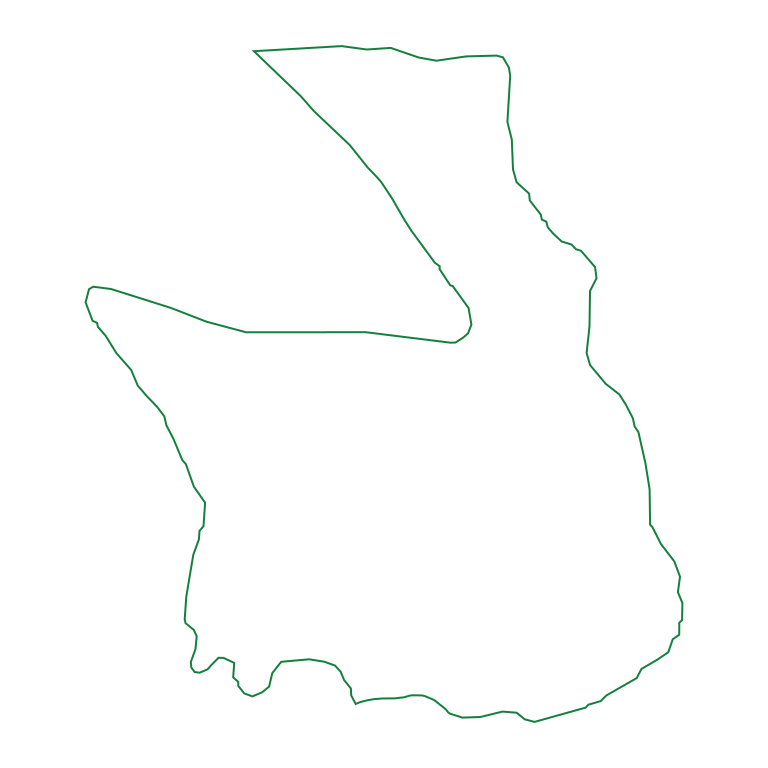 Usumatlán, Zacapa, Guatemala (Robinson projection)
{"feature_id": "79465075B70422154839704", "entity_name": "Usumatlán", "entity_type": "district", "adm_level": 2, "iso_a3": "GTM", "parent_name": "Guatemala", "parent_adm1": "Zacapa", "projection": "robinson", "projection_center": [-89.805, 15.005], "detail": "fine", "context": "isolated", "style": "outline", "palette": "green", "viewbox_px": 768, "rotation_deg": 0, "n_neighbors": 0, "source": "geoboundaries", "source_scale": "gbopen_adm2", "svg_char_len": 2173}
<svg xmlns="http://www.w3.org/2000/svg" viewBox="0 0 768 768"><path d="M657.3,659.7L668.3,652.2L672.8,639.2L679.2,634.8L679.3,622.7L682.1,620.2L682.4,603.1L677.9,592.1L680.0,576.7L674.3,561.4L661.0,544.1L652.3,526.9L650.1,524.8L649.6,489.3L645.4,463.0L638.4,432.1L634.6,426.4L632.9,418.3L625.7,404.4L619.3,394.4L605.7,383.8L590.1,365.1L586.6,353.0L589.5,326.4L590.0,291.0L596.5,278.3L595.1,267.1L580.9,250.7L576.1,249.3L571.4,244.5L561.7,241.5L552.9,233.3L547.7,227.1L546.3,221.6L541.9,219.7L540.7,214.5L529.8,200.5L529.1,193.6L516.6,182.3L513.0,169.3L511.8,139.5L507.4,121.9L510.2,75.8L508.9,67.6L502.9,57.3L496.6,55.6L466.2,56.4L436.5,60.7L418.7,57.5L390.7,47.9L366.8,49.5L341.6,46.1L253.9,51.2L300.7,96.1L314.1,111.3L349.8,145.1L367.5,167.3L376.8,177.0L381.2,182.0L392.3,198.8L404.2,219.5L411.7,231.2L434.9,262.8L439.7,266.2L439.6,269.1L450.3,285.4L452.6,285.9L468.6,308.1L471.4,324.6L468.0,333.4L463.2,337.6L455.6,342.5L450.5,342.7L365.7,332.2L246.1,332.3L206.5,321.7L170.8,307.9L111.0,289.0L93.2,286.7L89.0,289.2L85.6,302.4L92.6,320.8L97.1,322.9L97.9,326.9L105.5,335.6L116.5,353.3L131.2,370.0L137.8,385.7L142.7,391.3L146.1,395.4L157.0,406.7L164.3,416.3L166.4,425.3L173.5,439.0L182.3,460.1L185.9,464.2L193.9,486.7L205.1,502.7L203.5,526.2L199.5,530.9L198.9,539.4L193.3,554.8L186.3,596.5L184.7,619.4L185.6,623.2L193.9,630.0L196.7,636.3L195.5,649.0L190.8,662.1L191.4,667.6L194.7,672.1L199.7,672.7L207.6,669.3L211.2,665.2L218.5,657.8L223.6,657.9L234.2,662.9L233.2,677.4L238.2,681.8L238.3,686.0L244.3,693.4L252.4,696.4L262.0,692.4L269.1,686.6L272.3,673.1L281.2,661.8L309.1,659.3L324.3,661.7L335.1,665.6L340.6,671.7L344.1,680.0L350.9,688.5L351.2,695.4L355.7,704.0L358.6,702.7L361.3,701.8L363.7,701.2L367.7,700.2L375.0,699.0L382.3,698.5L389.3,698.4L394.7,698.4L398.7,697.9L404.0,697.3L409.0,695.8L411.9,695.3L414.6,695.3L417.2,695.3L419.4,695.4L421.9,695.4L424.9,696.1L428.0,697.4L432.3,699.2L434.4,700.2L436.9,702.2L440.3,704.9L445.9,709.4L448.1,712.3L450.3,713.8L462.5,717.6L480.3,717.0L502.5,711.6L516.6,712.7L524.7,719.3L534.5,721.9L585.7,707.6L588.4,704.7L600.7,701.1L606.4,695.4L636.7,678.1L641.5,668.9L657.3,659.7Z" fill="none" stroke="#15803d" stroke-width="2"/></svg>